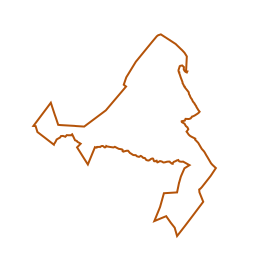 San Agustín Chayuco, Oaxaca, Mexico (orthographic projection), rotated 190°
{"feature_id": "50627088B20812688869072", "entity_name": "San Agustín Chayuco", "entity_type": "district", "adm_level": 2, "iso_a3": "MEX", "parent_name": "Mexico", "parent_adm1": "Oaxaca", "projection": "orthographic", "projection_center": [-97.81, 16.455], "detail": "fine", "context": "isolated", "style": "outline", "palette": "amber", "viewbox_px": 256, "rotation_deg": 190, "n_neighbors": 0, "source": "geoboundaries", "source_scale": "gbopen_adm2", "svg_char_len": 3417}
<svg xmlns="http://www.w3.org/2000/svg" viewBox="0 0 256 256"><g transform="rotate(190 128 128)"><path d="M56.3,125.6L59.6,128.0L59.9,128.2L59.9,129.2L63.9,130.4L65.7,131.1L67.2,132.1L68.2,133.2L69.7,134.6L69.1,135.7L68.4,137.3L69.6,139.0L71.4,140.0L73.1,142.1L75.9,143.1L76.1,143.3L76.3,143.8L76.3,144.0L73.4,145.1L72.9,147.0L69.6,147.4L68.0,148.3L66.9,150.4L66.4,150.5L66.2,150.7L64.7,151.7L61.9,154.3L60.7,155.7L60.3,156.5L61.6,157.6L63.8,160.1L64.5,160.9L64.6,161.3L66.5,163.2L66.6,163.6L68.4,165.1L68.8,165.5L69.9,167.1L70.1,167.4L70.2,167.5L70.9,168.1L72.0,169.4L72.8,170.8L73.9,172.1L74.4,173.7L74.7,174.0L78.4,177.3L79.1,177.9L79.1,178.3L79.3,178.6L79.7,178.6L80.3,179.3L80.5,179.7L81.0,180.4L82.1,181.7L82.2,182.5L84.4,186.2L85.0,187.2L86.2,189.5L87.1,190.9L87.1,191.8L87.4,192.0L87.7,192.0L88.2,193.0L88.3,194.0L87.9,196.8L87.8,197.8L87.3,198.3L85.5,199.0L83.5,197.7L83.3,195.5L83.1,195.3L82.7,194.6L81.8,193.7L80.6,193.1L79.7,192.9L79.4,194.0L79.9,194.0L80.8,194.4L80.8,194.9L81.2,198.3L82.5,208.7L85.4,211.9L87.1,213.2L88.6,214.3L89.4,214.8L90.6,215.6L95.2,218.7L95.6,219.0L111.9,225.9L114.4,224.6L115.6,223.3L119.4,216.7L131.8,194.6L138.5,177.6L139.7,169.9L137.1,168.5L152.9,141.5L171.4,121.8L179.4,120.9L181.0,120.8L195.5,119.1L197.3,119.0L200.7,125.3L202.4,128.3L208.4,139.5L211.4,133.5L221.5,113.6L219.3,113.8L216.5,108.3L215.9,108.0L215.3,107.7L207.6,103.7L198.1,98.7L198.0,99.6L197.5,100.5L196.7,102.7L196.3,104.3L193.2,106.9L192.6,108.4L190.7,108.9L188.2,108.5L187.1,110.3L184.7,110.6L182.5,111.0L182.4,111.6L181.9,112.1L180.2,109.8L178.0,106.7L176.2,106.4L175.7,105.8L174.9,105.4L173.6,105.0L171.9,104.3L174.8,100.1L161.2,85.1L157.2,103.4L156.0,103.1L155.3,103.4L155.3,103.9L155.1,104.0L152.5,104.5L152.2,104.4L151.9,104.7L151.1,105.5L150.9,105.6L150.3,105.8L149.8,105.9L148.9,105.6L148.4,105.3L147.9,104.9L147.4,104.9L147.1,105.0L146.9,105.1L146.5,105.7L146.3,106.5L145.4,106.2L142.3,106.2L139.3,106.3L138.7,106.4L138.0,107.0L137.7,107.2L133.6,105.9L130.3,105.9L129.6,105.6L129.3,105.0L129.4,104.6L129.2,104.3L129.2,104.2L128.5,103.9L126.9,104.7L125.0,105.5L124.3,105.5L124.0,105.6L123.8,105.5L121.8,103.8L119.5,102.9L119.0,102.6L117.9,102.3L115.7,102.6L114.3,101.7L113.4,101.6L112.2,101.5L111.7,101.7L110.8,102.7L110.4,102.7L109.3,102.2L109.1,102.1L108.2,101.5L108.0,101.3L107.6,101.3L107.3,101.2L106.4,101.4L106.1,101.3L105.0,100.2L104.5,99.7L103.5,99.5L102.3,99.5L101.8,99.7L101.6,99.8L101.4,100.1L100.8,100.5L100.7,100.7L100.1,101.4L99.5,101.8L98.8,102.2L98.3,102.2L98.1,102.2L97.7,101.8L96.8,100.1L96.3,99.8L95.3,100.0L94.5,100.7L94.1,100.8L93.6,99.9L93.2,99.3L92.9,99.3L90.7,101.0L90.0,100.9L89.0,100.9L87.5,100.3L87.1,100.2L86.0,100.5L85.7,100.6L83.9,101.5L83.4,101.7L82.8,101.8L82.1,102.0L81.6,102.1L81.1,102.1L80.9,101.9L80.7,101.7L80.3,101.4L79.4,101.0L78.9,100.6L77.8,100.5L77.8,101.0L77.7,101.3L77.8,101.4L77.5,101.7L77.2,102.3L77.1,102.5L76.9,102.7L76.2,103.1L75.0,103.9L74.4,104.5L73.9,104.7L72.9,105.2L72.5,104.6L71.6,104.0L70.1,104.0L68.7,104.2L68.0,104.5L61.0,102.1L65.4,98.1L67.5,89.4L68.1,83.5L68.2,83.3L68.5,73.1L81.3,70.0L82.7,55.8L85.9,40.9L75.1,47.8L69.5,42.2L64.7,37.9L60.9,30.1L54.5,42.2L50.8,49.4L41.1,68.4L46.5,77.1L47.2,79.8L46.1,80.9L45.0,82.6L38.3,95.1L34.5,103.8L38.5,106.4L40.0,107.6L40.2,107.8L41.9,109.8L42.5,110.5L42.9,111.0L43.0,111.1L44.7,113.1L46.3,114.9L48.0,117.0L49.0,118.1L51.8,120.3L56.3,125.6Z" fill="none" stroke="#b45309" stroke-width="2"/></g></svg>